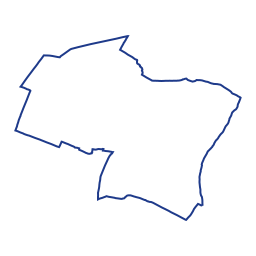 Verbita, Dolj, Romania (Natural Earth projection)
{"feature_id": "2599482B41750361793575", "entity_name": "Verbita", "entity_type": "district", "adm_level": 2, "iso_a3": "ROU", "parent_name": "Romania", "parent_adm1": "Dolj", "projection": "natural_earth1", "projection_center": [23.176, 44.286], "detail": "fine", "context": "isolated", "style": "outline", "palette": "blue", "viewbox_px": 256, "rotation_deg": 0, "n_neighbors": 0, "source": "geoboundaries", "source_scale": "gbopen_adm2", "svg_char_len": 5690}
<svg xmlns="http://www.w3.org/2000/svg" viewBox="0 0 256 256"><path d="M240.6,97.7L240.3,97.4L238.9,96.7L237.8,96.1L236.7,95.3L234.2,94.2L232.9,93.7L232.3,93.4L231.7,92.8L231.1,91.9L230.8,91.6L229.2,90.4L227.8,89.5L224.9,87.7L223.6,86.9L223.0,86.4L222.5,86.0L221.3,85.3L220.7,84.8L220.4,84.7L217.2,84.1L213.5,83.9L212.8,83.6L212.3,83.6L210.6,83.1L208.5,82.2L207.8,81.9L206.6,81.7L205.9,81.6L202.0,80.4L199.6,80.1L198.3,80.1L197.7,80.1L196.8,80.0L196.6,80.0L196.2,80.3L195.1,81.0L194.0,81.3L192.9,81.5L192.6,81.6L190.6,81.0L188.7,80.3L187.9,80.0L187.6,79.8L187.3,79.5L186.9,79.1L186.4,78.6L185.4,78.7L184.4,79.0L183.3,79.4L182.9,79.4L182.7,79.4L182.2,79.8L181.3,80.1L181.0,80.2L179.4,80.5L178.9,80.6L177.7,80.6L177.1,80.7L170.9,80.8L170.4,80.8L169.9,80.7L169.0,80.8L165.9,80.8L161.5,81.0L159.1,80.9L157.5,80.8L153.3,80.7L152.0,80.6L151.6,80.3L146.3,77.4L144.4,76.2L141.9,74.7L142.1,74.1L142.5,73.5L142.6,73.0L142.6,72.4L142.6,72.1L142.2,71.4L142.1,71.0L142.0,70.7L141.9,70.4L142.0,70.1L142.4,69.8L142.4,69.6L142.3,69.4L142.1,68.4L141.9,68.0L141.7,67.8L141.2,67.6L141.0,67.4L140.9,67.0L140.2,66.7L139.9,66.2L139.9,65.8L139.9,65.6L140.0,65.4L139.1,64.5L138.8,64.5L137.6,63.7L137.4,63.5L137.2,63.4L137.1,62.7L137.0,62.2L137.0,61.8L137.0,61.3L137.2,60.7L137.2,60.3L137.1,60.0L136.8,59.8L135.5,59.4L135.3,59.3L134.6,58.9L133.5,58.0L133.2,57.7L132.8,57.6L132.3,57.1L127.8,54.6L126.4,53.6L125.4,52.9L124.6,52.4L120.3,49.9L120.1,49.8L121.5,47.1L123.6,43.4L123.7,43.1L123.8,42.7L124.2,42.3L124.4,42.1L124.9,41.2L125.7,40.0L125.9,39.4L127.4,37.0L127.9,36.1L127.7,36.1L122.5,37.2L116.2,38.7L90.8,44.1L77.9,47.2L71.4,48.9L70.3,49.4L63.6,54.2L60.7,56.2L60.0,57.1L59.8,57.3L57.6,57.0L52.5,56.0L49.8,55.6L47.7,55.5L43.8,55.4L41.2,59.0L39.7,60.9L38.6,62.3L37.4,64.1L35.6,66.5L34.0,68.5L30.1,73.7L29.1,75.0L27.3,77.4L24.5,81.3L21.8,85.2L20.6,86.7L22.3,87.2L23.1,87.5L23.6,87.6L25.4,88.4L26.1,88.7L26.7,89.1L27.0,89.2L27.7,89.4L28.5,89.6L29.1,89.9L29.7,90.1L30.2,90.5L30.4,90.7L30.4,90.8L30.3,91.1L29.9,91.9L29.3,93.4L27.3,98.5L27.1,99.1L23.4,108.1L22.9,109.4L22.2,111.2L20.6,115.2L20.6,115.4L20.6,115.8L20.2,116.5L18.9,119.8L18.7,120.3L18.5,121.1L18.1,122.5L17.2,125.1L17.1,125.8L16.9,126.6L16.8,126.9L16.7,127.0L15.5,130.2L15.4,130.5L16.7,130.9L17.5,131.2L20.5,132.5L23.0,133.4L24.1,134.0L25.7,134.6L27.8,135.3L29.1,135.6L35.0,137.9L37.0,138.6L40.1,139.7L41.0,140.1L44.3,141.4L46.5,142.3L51.4,144.1L56.8,146.4L59.1,147.1L59.8,145.8L60.7,143.8L61.1,142.9L61.6,141.7L62.1,141.8L66.3,143.5L67.8,144.0L70.6,145.3L71.3,145.6L72.2,146.0L73.3,146.4L74.3,146.9L74.5,147.1L74.7,147.4L75.0,147.6L75.5,147.6L77.3,147.8L78.0,148.0L78.9,148.4L79.2,148.4L79.2,148.7L79.1,149.7L79.2,149.8L80.5,150.3L81.9,150.9L83.4,151.6L84.4,152.1L85.4,152.6L85.9,152.9L86.6,153.1L87.4,153.4L88.1,153.7L89.6,153.8L89.8,153.8L90.7,153.5L91.5,153.4L91.8,153.3L91.8,153.1L91.7,152.7L91.8,152.6L92.0,152.4L91.9,152.3L92.1,151.8L92.4,150.6L92.4,150.0L92.5,149.2L92.8,149.2L93.2,149.3L93.5,149.4L93.8,149.3L94.3,149.5L95.1,149.6L95.9,149.6L97.2,149.3L97.9,149.1L98.8,149.0L101.5,149.3L102.3,149.0L102.6,148.9L103.4,149.0L103.0,150.6L103.8,150.6L105.4,151.0L107.7,151.2L109.2,151.4L109.9,151.6L111.0,151.7L111.6,151.9L111.9,152.0L112.3,152.1L112.7,152.1L112.8,152.1L112.3,153.0L112.0,153.5L111.2,154.0L110.9,154.3L110.6,154.5L110.5,155.0L109.8,155.7L109.4,156.3L109.3,156.5L108.5,157.9L107.0,161.2L105.0,165.5L102.8,170.9L101.1,175.1L100.6,176.4L100.4,177.6L100.2,179.7L100.1,180.4L99.6,182.7L99.3,185.4L99.3,186.0L99.0,188.2L98.1,192.5L98.0,192.8L98.1,195.3L98.0,196.5L98.0,199.4L99.4,198.7L100.7,198.3L102.5,197.8L103.7,197.3L104.9,196.9L106.5,196.2L108.7,196.8L111.8,197.3L114.6,197.8L114.9,197.9L115.4,198.1L117.8,198.4L121.4,198.9L121.8,198.9L122.9,198.5L124.0,198.4L124.4,198.1L124.9,197.4L125.1,197.4L126.7,195.9L127.2,195.6L128.0,195.4L128.7,195.3L129.4,195.3L130.3,195.3L131.4,195.6L134.4,196.6L134.9,196.7L136.2,197.1L139.4,197.9L140.6,198.3L142.7,199.2L144.7,200.0L145.0,200.0L145.3,200.0L145.7,200.3L146.2,200.5L146.6,200.8L147.5,201.3L147.9,201.3L148.3,201.4L148.9,201.7L149.8,201.9L151.1,202.0L151.9,202.3L153.1,202.8L162.1,207.6L164.6,208.8L168.8,210.9L171.2,212.3L177.1,215.2L181.0,217.3L185.5,219.7L186.1,219.9L187.2,218.7L187.9,217.8L189.8,215.9L190.0,215.7L190.3,215.4L191.5,213.6L193.0,211.1L194.0,209.0L195.4,207.1L197.6,204.4L198.0,203.9L200.1,204.8L200.7,205.2L201.2,205.4L201.6,205.4L202.4,204.7L202.5,204.7L202.4,203.1L202.4,200.9L202.3,199.4L202.0,197.5L201.7,196.4L201.1,195.7L200.6,193.8L200.4,192.4L200.4,189.5L200.0,187.2L199.6,183.4L199.5,182.7L199.5,181.7L199.5,181.0L199.6,179.7L199.6,178.9L199.5,178.1L199.5,177.3L199.5,176.7L199.9,174.8L200.1,173.6L200.7,171.5L200.7,170.4L201.5,167.6L201.9,165.6L202.0,165.2L201.8,164.8L201.7,164.5L201.8,164.2L202.1,163.0L202.4,162.4L202.6,161.8L202.9,161.2L203.3,160.3L204.0,158.4L204.6,157.4L205.7,155.5L206.6,154.0L207.7,151.6L208.2,151.0L209.0,150.3L210.1,149.1L210.8,148.5L211.6,147.5L212.1,147.1L212.4,146.6L212.5,146.2L213.2,145.5L213.4,145.2L213.8,144.5L214.4,143.0L215.9,140.5L216.2,140.2L216.8,139.7L218.0,138.3L218.4,137.6L218.9,136.7L219.2,136.3L220.1,135.0L221.2,133.7L221.7,133.3L222.0,133.0L222.9,132.0L223.4,131.1L225.3,127.0L225.9,126.0L226.5,125.4L227.1,124.6L227.7,123.9L228.0,123.5L228.2,123.0L228.5,122.4L228.8,121.2L229.2,120.1L229.4,119.5L229.4,118.9L229.5,118.6L229.7,118.2L231.2,115.6L231.6,114.2L231.8,113.6L231.9,113.3L232.2,112.5L232.5,112.2L233.6,111.1L234.3,110.4L236.0,109.3L236.3,108.9L237.1,107.6L237.5,106.8L237.6,106.6L237.6,106.1L237.8,104.8L237.9,104.4L238.4,103.2L238.9,102.4L239.0,102.1L239.0,101.9L239.1,101.6L239.3,101.3L239.5,100.7L239.8,100.0L240.0,99.5L240.5,98.0L240.6,97.7Z" fill="none" stroke="#1e3a8a" stroke-width="2"/></svg>